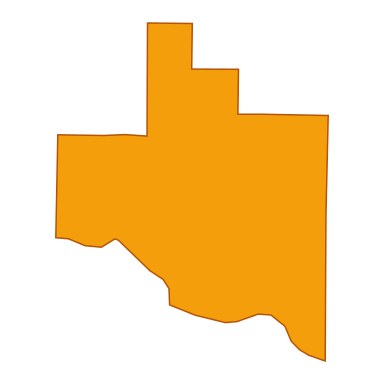 Warren, Missouri, United States of America
{"feature_id": "52423323B24848348476701", "entity_name": "Warren", "entity_type": "district", "adm_level": 2, "iso_a3": "USA", "parent_name": "United States of America", "parent_adm1": "Missouri", "projection": "orthographic", "projection_center": [-91.171, 38.77], "detail": "fine", "context": "isolated", "style": "filled", "palette": "amber", "viewbox_px": 384, "rotation_deg": 0, "n_neighbors": 0, "source": "geoboundaries", "source_scale": "gbopen_adm2", "svg_char_len": 532}
<svg xmlns="http://www.w3.org/2000/svg" viewBox="0 0 384 384"><path d="M325.2,361.0L325.8,244.1L326.0,213.1L328.2,115.5L260.1,114.2L237.9,114.2L238.5,69.3L191.7,69.1L192.3,23.5L147.5,23.0L147.0,136.1L125.2,134.6L103.3,135.5L57.8,134.8L55.8,237.7L68.5,238.8L85.1,245.7L101.4,247.2L114.9,238.9L118.4,240.2L149.9,270.7L163.2,279.5L169.0,288.6L169.6,304.9L195.5,315.3L225.4,322.6L237.0,321.6L258.1,314.1L270.9,315.0L284.9,326.2L291.3,341.3L299.5,349.7L308.6,355.2L325.2,361.0Z" fill="#f59e0b" stroke="#b45309" stroke-width="1.5"/></svg>